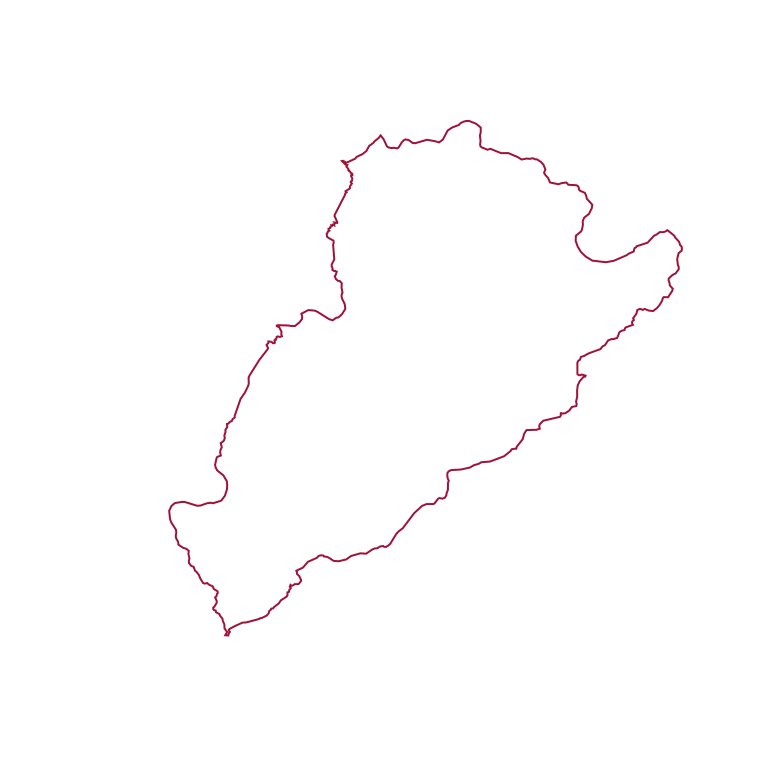 Longcheng, Vientiane, Laos, rotated 128°
{"feature_id": "54806243B40000805936315", "entity_name": "Longcheng", "entity_type": "district", "adm_level": 2, "iso_a3": "LAO", "parent_name": "Laos", "parent_adm1": "Vientiane", "projection": "orthographic", "projection_center": [102.87, 19.084], "detail": "fine", "context": "isolated", "style": "outline", "palette": "rose", "viewbox_px": 768, "rotation_deg": 128, "n_neighbors": 0, "source": "geoboundaries", "source_scale": "gbopen_adm2", "svg_char_len": 6153}
<svg xmlns="http://www.w3.org/2000/svg" viewBox="0 0 768 768"><g transform="rotate(128 384 384)"><path d="M678.1,351.9L675.7,352.8L674.2,352.8L673.8,354.4L673.2,355.0L671.8,354.8L666.4,352.4L659.2,348.6L656.6,345.7L648.7,339.7L645.8,337.6L644.6,337.3L643.4,336.1L638.8,333.9L635.9,333.7L633.2,334.7L631.5,334.2L630.5,334.6L629.0,333.2L627.4,333.3L621.6,331.8L618.0,332.1L611.5,329.8L609.7,330.1L607.7,331.8L606.3,330.9L604.8,331.8L602.2,331.8L601.8,333.4L599.9,334.0L599.9,332.5L598.7,331.7L596.7,331.2L594.4,328.2L590.6,328.0L589.6,328.5L587.5,332.7L587.2,335.8L585.8,336.8L585.1,338.1L578.5,334.8L571.0,334.5L562.4,329.9L559.7,329.7L557.4,327.8L556.5,326.0L556.9,325.2L555.3,322.5L554.8,320.2L554.4,314.8L551.6,310.6L545.4,305.7L539.9,304.1L532.0,298.4L528.7,293.6L521.4,291.3L519.6,290.3L517.6,288.2L514.5,287.1L512.2,285.0L512.3,284.0L511.4,282.3L508.9,281.2L506.0,280.7L494.9,282.0L491.0,281.7L486.0,280.4L467.3,280.7L456.7,279.0L452.5,276.6L448.1,271.1L446.8,270.7L440.8,270.7L439.8,270.1L438.3,267.3L436.0,266.0L433.4,266.3L431.6,267.4L428.0,268.5L422.7,272.6L420.4,273.4L419.0,275.9L416.9,278.0L414.9,279.3L412.8,279.2L410.5,278.1L404.1,270.8L397.0,264.9L392.7,263.2L388.7,260.3L385.7,259.1L379.8,252.7L367.0,244.9L359.0,243.0L356.8,243.2L354.0,240.7L353.6,239.9L351.6,240.8L342.2,240.7L337.0,242.9L332.6,243.3L326.2,235.7L323.4,233.7L321.7,235.7L319.9,236.5L314.9,235.9L301.5,225.1L299.8,225.3L298.5,226.6L297.9,226.6L297.5,225.3L295.7,223.3L291.1,221.7L286.4,221.8L283.0,218.9L281.3,219.7L279.6,221.8L275.0,224.0L270.4,227.7L266.0,230.4L261.6,231.5L255.8,231.2L254.2,230.0L253.3,230.3L254.7,233.9L256.4,234.9L257.1,235.9L257.1,237.7L248.1,244.8L246.0,245.2L244.2,244.5L241.4,245.5L238.6,243.5L234.7,242.0L230.5,239.5L223.2,234.9L220.2,235.0L217.3,233.8L211.6,234.2L208.4,232.3L207.8,231.2L204.2,228.6L198.2,230.4L195.5,229.4L193.5,227.7L191.6,228.4L190.5,228.3L184.1,224.3L183.3,226.0L182.0,226.9L179.7,226.5L178.8,228.2L173.5,228.3L169.7,229.9L167.5,228.7L166.7,227.6L166.3,225.6L164.4,224.9L163.1,220.5L160.8,216.8L155.8,215.6L152.0,215.5L147.3,216.1L144.4,217.2L143.4,217.1L140.7,213.6L133.2,214.2L131.2,215.0L130.3,219.5L128.4,221.4L127.0,223.7L125.5,224.6L120.2,223.7L117.4,222.3L112.2,222.4L110.4,223.7L109.1,225.9L104.9,230.0L99.4,232.4L95.8,231.5L94.1,232.4L92.4,234.2L92.3,236.0L90.3,239.0L89.2,245.1L88.4,246.5L88.3,255.4L90.7,256.2L92.5,257.5L94.5,260.2L98.1,261.1L101.0,262.5L110.4,263.3L119.9,269.7L120.9,269.5L122.8,270.2L125.9,268.8L130.4,271.3L133.2,272.1L145.5,278.8L151.5,284.2L158.5,295.8L159.4,303.3L158.7,310.2L156.5,315.9L153.2,321.1L149.0,324.1L142.4,322.6L140.3,323.1L135.9,325.4L133.5,327.6L129.7,328.7L123.8,327.2L117.5,328.5L114.5,330.2L113.2,338.1L111.0,340.8L109.7,343.5L111.0,348.3L110.7,350.2L109.1,351.7L108.6,353.5L109.1,355.0L113.5,361.4L113.0,364.4L116.1,367.5L119.2,369.5L123.0,377.3L120.7,381.4L119.8,386.1L119.0,387.9L115.5,389.0L113.0,393.4L112.4,397.1L112.8,401.8L113.8,403.1L114.5,405.7L117.1,408.1L118.5,410.4L122.4,413.8L122.9,418.5L125.5,428.2L130.0,433.9L133.2,445.0L135.7,446.7L137.4,452.8L137.2,454.5L135.9,455.9L133.3,457.3L129.1,461.4L126.2,462.7L122.4,465.6L122.2,471.7L124.4,479.1L126.3,481.3L128.6,483.0L131.1,484.2L134.0,484.6L139.7,488.1L145.0,489.9L155.2,488.1L159.8,489.4L161.1,493.0L165.1,500.5L175.1,507.7L176.4,509.8L176.6,514.8L178.1,517.7L179.8,518.5L182.8,518.7L189.0,518.1L190.5,519.0L191.7,521.6L193.4,523.2L194.9,526.3L194.9,528.1L191.4,534.9L190.2,539.7L193.6,539.7L198.6,540.9L200.9,540.9L205.5,542.3L211.2,541.3L216.1,542.5L221.8,545.4L224.1,545.4L231.8,549.3L232.9,550.0L233.3,553.7L234.2,554.4L234.8,549.4L234.0,547.7L235.9,547.4L236.4,544.6L237.5,543.7L237.2,543.0L237.7,542.5L237.5,541.4L238.1,540.4L237.8,538.5L238.9,537.5L239.6,538.4L240.3,538.2L241.6,535.5L243.5,534.3L244.8,534.8L245.5,534.5L245.8,532.7L249.1,532.6L250.9,531.3L255.7,533.0L256.0,531.5L257.6,531.9L259.3,531.1L280.0,527.2L282.0,526.6L285.2,520.4L285.9,520.1L287.2,522.5L287.5,521.4L288.6,521.8L289.6,520.8L289.8,522.2L290.5,522.3L290.5,522.7L291.2,522.5L291.5,523.2L292.2,522.4L293.7,523.0L294.3,522.5L295.9,523.3L297.0,522.1L297.0,521.5L298.4,522.1L299.4,521.6L300.9,521.7L303.0,519.5L303.0,517.0L302.1,512.1L303.8,510.5L305.4,510.0L316.4,499.9L322.0,498.8L323.3,497.9L324.6,495.6L325.9,494.9L325.7,492.9L325.0,492.2L324.6,490.4L327.8,489.2L329.4,489.2L330.9,486.5L331.0,483.8L330.1,482.1L330.6,479.3L334.2,476.8L337.6,472.9L339.0,472.7L341.0,471.5L342.7,469.3L345.2,464.2L348.4,460.9L349.5,460.6L354.9,460.1L358.0,460.6L359.7,461.0L361.3,462.5L365.4,463.6L366.7,467.2L368.1,480.9L368.8,483.7L372.3,489.1L379.5,492.4L381.2,490.0L383.3,488.6L387.5,488.6L393.0,489.8L395.0,492.1L396.7,495.3L402.9,503.7L404.0,504.5L404.4,504.1L403.8,501.4L405.9,497.0L408.2,495.4L409.2,493.8L411.0,495.0L411.9,497.0L412.9,497.6L414.4,496.7L415.6,497.1L415.9,496.5L417.1,497.1L418.7,495.4L419.3,495.5L420.2,496.5L420.0,498.5L421.6,501.3L423.0,500.4L425.6,500.6L427.0,497.5L428.2,497.1L441.3,497.1L460.2,495.2L462.4,494.6L467.1,490.7L469.5,489.8L476.6,488.3L483.9,487.9L500.9,482.1L502.3,481.0L505.0,481.7L506.7,481.1L509.2,482.3L510.8,482.2L512.2,483.2L514.3,481.0L517.9,480.7L519.4,479.3L522.9,478.1L524.6,476.2L526.7,475.4L528.7,475.5L531.1,476.3L533.7,472.9L537.0,472.1L538.9,470.9L540.8,468.5L544.1,470.5L545.3,470.4L551.8,467.3L553.6,465.0L554.8,462.1L554.9,454.2L557.4,448.0L560.2,445.3L563.9,442.8L569.9,440.6L575.6,440.4L576.9,440.9L583.2,445.3L584.2,447.4L587.3,450.3L592.8,453.8L595.0,456.3L599.5,468.0L601.0,470.3L605.8,474.8L606.9,475.6L611.0,476.4L616.2,475.2L622.1,469.5L624.0,466.6L626.9,458.3L628.9,456.2L632.2,454.4L633.7,452.5L635.2,448.9L637.2,447.1L636.7,441.2L635.6,438.5L635.7,435.1L638.3,433.5L641.5,429.7L643.9,428.7L645.2,427.4L646.0,424.0L645.3,421.4L647.5,417.9L647.5,415.8L648.5,412.2L650.3,409.2L652.2,404.1L651.7,402.4L649.7,400.8L649.9,398.5L648.9,394.4L650.3,391.9L649.8,387.6L651.1,386.3L652.5,386.3L654.2,385.4L656.1,385.7L657.8,382.4L659.5,381.1L663.7,380.6L665.3,380.9L666.5,380.0L666.8,378.7L666.1,377.2L667.3,375.8L666.6,372.1L667.5,370.6L668.4,366.8L669.9,365.2L671.7,361.8L674.8,359.2L676.0,354.9L679.7,354.4L678.1,351.9Z" fill="none" stroke="#9f1239" stroke-width="2"/></g></svg>